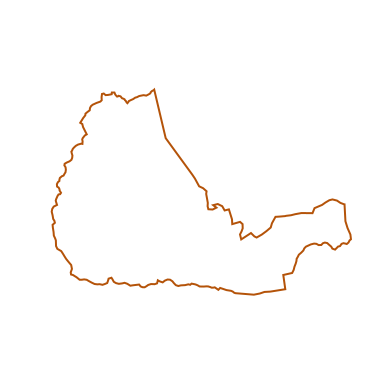 outline of Kinta, Perak, Malaysia, rotated 256°
{"feature_id": "92858781B39286105969870", "entity_name": "Kinta", "entity_type": "district", "adm_level": 2, "iso_a3": "MYS", "parent_name": "Malaysia", "parent_adm1": "Perak", "projection": "mercator", "projection_center": [101.136, 4.516], "detail": "fine", "context": "isolated", "style": "outline", "palette": "amber", "viewbox_px": 384, "rotation_deg": 256, "n_neighbors": 0, "source": "geoboundaries", "source_scale": "gbopen_adm2", "svg_char_len": 3561}
<svg xmlns="http://www.w3.org/2000/svg" viewBox="0 0 384 384"><g transform="rotate(256 192 192)"><path d="M102.4,167.8L103.2,169.4L101.7,172.6L100.8,174.0L99.8,175.2L98.5,176.5L98.0,178.3L97.4,180.5L97.0,183.0L96.5,184.8L95.3,186.8L94.4,187.9L94.0,189.9L94.0,191.0L90.7,193.9L92.1,196.1L89.8,199.7L88.5,201.7L87.6,203.8L86.7,205.9L85.6,207.4L84.0,208.6L83.3,209.7L77.4,227.2L77.1,233.2L77.5,238.1L76.4,243.9L75.1,259.0L89.4,260.5L89.2,269.6L91.8,271.8L94.8,273.4L97.3,275.2L99.7,276.6L101.9,277.4L103.3,278.8L105.3,280.5L106.7,283.3L108.3,285.9L110.1,287.3L111.4,289.3L112.4,294.6L112.4,298.0L111.6,300.2L109.9,302.0L109.3,304.6L110.6,306.6L110.8,308.7L109.7,310.9L108.1,311.9L105.3,313.9L103.1,314.5L101.5,316.9L102.7,318.9L103.7,320.5L103.7,322.5L105.5,324.6L105.7,326.6L104.9,328.2L104.1,329.6L105.1,331.6L106.9,333.2L107.7,334.8L112.4,335.4L119.4,334.2L126.5,333.8L143.1,337.0L143.2,336.7L145.5,333.4L148.6,330.6L150.8,326.5L150.8,323.3L149.5,318.9L148.0,315.1L147.3,310.7L146.7,307.0L142.3,303.8L145.1,293.1L145.5,286.8L145.5,282.4L146.1,277.7L146.1,276.4L147.0,270.8L147.7,267.0L142.3,262.0L138.5,259.8L136.0,254.7L133.8,249.4L132.2,243.7L133.8,241.8L137.9,239.3L134.1,228.3L139.2,228.3L141.7,230.5L144.5,232.4L148.6,233.3L151.4,231.4L151.1,223.3L155.8,224.2L166.2,223.6L166.2,219.2L170.9,217.9L174.1,214.1L174.1,209.4L170.9,211.9L170.0,207.8L171.3,203.7L174.4,203.7L177.6,204.7L182.0,205.0L186.7,205.3L189.2,206.3L193.0,203.7L195.8,200.3L204.3,198.1L208.7,196.5L250.6,179.5L300.5,180.1L300.1,179.4L299.6,177.5L298.8,176.1L297.8,175.4L297.3,173.9L296.9,172.3L296.6,170.9L297.2,169.6L297.7,168.3L297.9,164.0L297.5,162.3L297.3,161.4L297.3,159.8L296.4,157.4L296.0,155.1L295.5,152.7L294.7,152.0L293.8,150.8L294.8,150.2L296.4,149.8L297.4,149.1L298.2,149.0L299.0,148.2L299.9,146.8L302.1,145.8L303.1,144.0L302.7,143.3L302.7,142.4L303.9,141.7L305.2,141.1L306.6,140.9L307.3,140.8L307.9,138.3L306.3,137.7L306.5,134.0L306.9,131.6L308.9,130.2L308.9,128.4L305.9,127.2L302.9,126.6L301.9,125.0L301.5,120.9L300.7,116.7L299.7,114.7L298.1,113.3L296.0,112.5L295.0,110.1L293.8,107.6L292.2,107.0L290.2,104.4L286.2,100.3L284.5,102.0L281.4,102.0L273.4,103.8L272.8,101.7L270.7,99.0L269.6,98.2L267.6,98.1L265.2,97.3L265.7,96.2L265.6,92.9L264.9,90.4L263.5,87.9L262.4,86.5L261.2,85.7L260.3,84.7L258.5,84.7L256.3,84.8L254.1,84.0L252.4,82.8L251.4,80.6L250.9,77.6L250.2,75.3L248.7,74.6L246.6,75.3L244.1,75.0L241.7,74.0L240.8,73.0L239.0,71.3L238.8,69.6L237.6,67.2L236.2,66.4L234.8,66.0L234.0,64.3L232.3,62.8L229.9,62.4L228.5,63.7L226.8,64.1L225.4,63.9L222.9,64.7L221.8,63.5L221.9,61.9L220.7,60.6L219.4,59.6L218.0,58.5L216.6,57.7L215.4,57.7L212.1,57.9L211.3,54.3L209.4,52.3L206.8,51.1L203.2,51.1L199.4,50.8L197.4,51.5L195.3,51.5L193.9,48.8L191.3,48.4L186.7,48.0L183.1,47.4L180.0,48.0L178.0,48.2L172.4,47.0L169.4,47.6L166.3,50.8L164.3,51.5L162.5,52.1L160.5,52.7L157.5,53.7L155.3,54.7L152.8,55.9L150.4,57.1L146.4,56.9L143.4,54.9L141.2,54.7L140.2,56.5L138.5,58.1L137.3,59.3L134.1,61.7L133.5,64.1L133.3,66.2L132.3,68.6L130.5,70.4L128.3,72.8L126.3,75.2L125.3,77.8L124.9,80.1L123.6,82.7L123.8,85.1L124.2,87.7L126.3,89.1L128.1,90.1L128.3,93.1L126.5,93.7L123.8,94.4L122.0,96.2L120.6,98.8L120.2,102.2L120.2,104.6L118.6,107.0L116.0,109.5L115.8,111.9L115.0,118.3L112.8,119.3L111.6,120.9L111.0,123.0L111.6,125.0L112.4,127.0L112.6,130.0L111.6,133.4L111.8,136.0L114.6,137.5L113.6,138.5L112.8,139.5L111.4,141.7L112.6,144.3L113.0,147.1L112.2,149.5L110.1,151.4L107.9,152.4L105.5,153.8L104.1,156.0L104.1,158.6L103.3,162.8L103.3,166.1L102.4,167.8Z" fill="none" stroke="#b45309" stroke-width="2"/></g></svg>